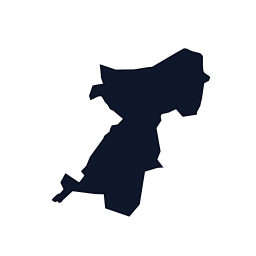 Damboa, Borno, Nigeria, rotated 118°
{"feature_id": "59680162B27422550871896", "entity_name": "Damboa", "entity_type": "district", "adm_level": 2, "iso_a3": "NGA", "parent_name": "Nigeria", "parent_adm1": "Borno", "projection": "mercator", "projection_center": [12.591, 11.064], "detail": "fine", "context": "isolated", "style": "filled", "palette": "ink", "viewbox_px": 256, "rotation_deg": 118, "n_neighbors": 0, "source": "geoboundaries", "source_scale": "gbopen_adm2", "svg_char_len": 1538}
<svg xmlns="http://www.w3.org/2000/svg" viewBox="0 0 256 256"><g transform="rotate(118 128 128)"><path d="M85.5,181.6L93.9,176.0L95.7,175.0L100.7,169.6L104.0,174.2L107.4,178.4L117.6,176.8L120.0,174.3L115.2,170.9L113.4,169.4L112.2,167.5L111.8,166.0L113.8,162.5L115.3,160.3L116.4,156.7L119.1,152.4L118.9,149.1L120.3,142.9L121.7,135.8L126.4,137.1L130.2,138.2L133.7,142.8L136.8,142.7L139.8,141.8L146.1,144.5L149.2,144.2L171.2,147.3L181.1,146.4L187.9,148.3L189.9,143.4L197.6,144.5L199.8,145.2L198.1,161.3L207.5,161.4L212.0,155.3L218.2,156.7L219.7,158.5L224.7,160.3L226.8,160.7L226.8,159.6L227.1,159.3L227.0,159.1L226.8,159.0L226.7,158.5L226.9,157.8L226.5,157.5L224.9,156.3L225.7,154.0L224.5,152.7L221.2,152.1L209.2,147.8L201.1,126.4L196.9,118.0L208.8,110.1L204.9,85.8L190.0,82.6L158.3,93.4L148.9,83.9L146.3,79.7L142.6,88.0L133.6,89.0L114.9,103.6L107.2,102.9L105.9,102.8L102.9,105.2L99.7,105.6L94.9,100.0L87.9,94.7L91.6,85.1L83.6,74.4L81.4,75.4L74.9,75.3L67.3,77.3L52.6,82.6L48.1,79.5L45.1,79.9L44.7,81.4L44.6,82.3L44.6,83.5L44.4,84.5L44.3,85.4L44.2,86.2L43.8,87.3L42.7,88.9L41.9,89.3L41.0,89.9L40.7,90.2L39.5,91.0L36.9,92.5L36.3,92.8L33.5,94.2L32.2,95.0L30.7,95.7L29.8,96.4L29.2,97.8L29.0,98.5L28.9,99.5L29.0,100.3L29.3,101.2L29.6,102.1L29.7,102.9L29.8,103.4L30.0,104.3L30.4,105.6L30.7,107.0L30.8,107.6L30.9,108.4L31.0,109.1L30.9,109.8L31.1,111.5L31.0,112.9L31.4,114.0L31.9,115.5L32.3,115.7L33.6,116.5L37.2,118.9L63.2,134.9L66.0,139.2L73.8,149.4L83.0,166.1L83.7,170.8L85.5,181.6Z" fill="#0f172a" stroke="#020617" stroke-width="1.5"/></g></svg>